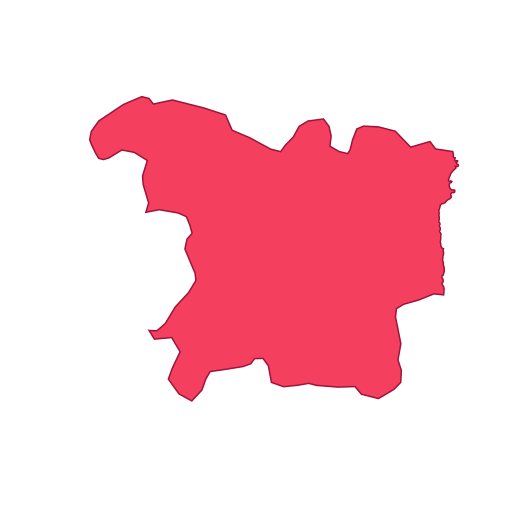 Akhuryan, Shirak, Armenia (Mercator projection), rotated 195°
{"feature_id": "60910142B23641849516282", "entity_name": "Akhuryan", "entity_type": "district", "adm_level": 2, "iso_a3": "ARM", "parent_name": "Armenia", "parent_adm1": "Shirak", "projection": "mercator", "projection_center": [43.836, 40.81], "detail": "fine", "context": "isolated", "style": "filled", "palette": "rose", "viewbox_px": 512, "rotation_deg": 195, "n_neighbors": 0, "source": "geoboundaries", "source_scale": "gbopen_adm2", "svg_char_len": 3014}
<svg xmlns="http://www.w3.org/2000/svg" viewBox="0 0 512 512"><g transform="rotate(195 256 256)"><path d="M340.0,156.4L332.6,149.4L316.3,155.4L304.5,143.8L307.8,126.1L308.8,114.4L294.6,102.8L280.5,99.4L273.6,112.4L272.6,124.2L270.4,132.5L256.4,138.5L240.1,145.8L233.1,150.6L230.8,156.5L222.7,158.9L215.6,153.1L208.4,137.9L195.5,136.9L182.6,141.8L172.2,146.6L164.0,146.7L142.9,150.6L126.6,155.5L118.3,149.7L100.8,150.0L91.1,159.9L88.1,163.1L83.5,171.4L86.0,183.1L89.4,188.4L92.0,192.4L92.8,202.2L93.4,208.8L105.5,233.3L106.7,241.5L101.0,247.5L87.1,255.9L74.3,265.5L64.7,267.0L65.0,269.1L65.5,271.3L65.8,272.9L66.6,274.6L67.8,275.9L69.1,277.0L69.4,278.1L68.7,278.9L68.7,280.3L69.2,281.7L70.2,282.7L71.0,283.6L71.2,285.2L70.3,285.8L70.2,287.2L70.2,288.9L70.2,289.9L70.8,292.1L71.2,293.2L71.4,293.8L72.3,295.1L72.7,296.0L73.1,297.3L73.6,298.6L74.6,299.9L75.0,302.2L75.4,304.4L75.4,304.6L75.4,306.5L75.7,307.9L76.6,309.4L76.7,309.6L76.8,311.6L78.1,311.7L79.1,312.4L80.1,313.6L80.5,315.1L81.1,316.3L81.8,317.7L81.8,319.0L81.9,319.9L82.2,321.0L82.3,321.3L82.3,321.7L82.6,322.9L82.9,323.9L83.0,325.1L84.0,326.2L85.2,327.2L84.9,328.9L85.1,330.5L85.9,331.5L86.7,332.5L86.5,334.3L87.0,335.4L88.1,336.1L88.4,337.7L88.5,338.9L88.9,340.1L89.1,341.3L89.8,342.1L89.8,343.0L90.3,345.3L90.5,345.6L91.1,346.9L91.1,348.1L91.0,350.1L91.1,352.5L90.5,354.2L90.1,354.4L88.3,355.4L87.0,356.7L86.1,358.8L85.0,360.2L83.5,361.5L82.6,363.2L82.8,364.3L83.6,365.4L83.9,366.4L83.5,367.3L82.8,368.1L81.2,368.4L80.6,369.4L80.9,370.6L81.3,371.1L82.1,370.6L82.6,370.9L84.2,370.5L85.2,371.0L86.5,372.1L87.5,373.6L87.8,375.6L87.7,376.6L87.2,377.0L86.3,377.6L86.1,378.7L87.4,378.9L88.7,378.1L89.5,378.5L89.7,380.6L89.7,382.4L89.3,383.8L89.3,385.5L88.5,387.9L87.1,390.5L86.4,391.5L85.7,392.6L86.0,393.4L86.7,394.2L86.1,394.3L85.1,394.3L84.0,395.1L83.9,395.7L84.2,396.5L85.4,396.8L86.2,397.3L87.0,398.4L87.0,398.5L85.8,399.1L85.8,400.1L86.8,400.1L87.5,399.5L88.4,399.6L88.9,400.1L89.0,401.3L89.1,402.4L89.6,402.2L90.5,402.4L91.3,403.3L91.3,404.5L92.0,405.9L92.1,406.1L93.0,407.8L104.8,406.5L110.2,405.9L117.6,411.6L134.8,401.2L153.9,412.6L171.3,412.4L175.4,411.5L185.7,409.3L191.5,404.8L192.8,393.1L192.6,382.9L194.0,378.6L202.8,378.4L213.0,381.2L214.5,391.4L219.0,400.1L226.3,405.8L240.8,399.8L247.9,392.4L250.7,380.8L253.8,375.1L256.4,370.5L259.2,363.2L269.3,363.0L281.4,365.9L292.6,368.6L300.6,369.7L311.6,371.3L321.9,384.3L335.0,385.0L345.1,385.5L366.9,385.2L377.0,385.1L387.1,380.0L394.4,376.2L400.2,380.5L407.5,380.4L417.5,372.6L423.4,367.9L428.5,362.1L437.0,352.4L442.8,345.8L447.3,333.8L446.8,325.3L444.0,321.4L438.0,314.3L433.2,309.6L428.2,309.7L423.3,312.8L417.2,319.3L413.0,323.7L400.3,324.6L385.7,320.1L386.3,303.9L383.5,295.9L381.7,292.9L373.4,279.4L373.7,269.7L361.4,275.7L350.4,276.7L342.2,277.4L337.8,276.7L333.4,276.0L327.9,268.7L323.6,261.4L327.0,254.4L326.5,244.4L312.9,226.8L310.5,223.8L307.7,216.8L311.8,202.9L320.8,185.9L326.2,167.2L332.4,158.1L339.8,156.4L340.0,156.4Z" fill="#f43f5e" stroke="#9f1239" stroke-width="1.5"/></g></svg>